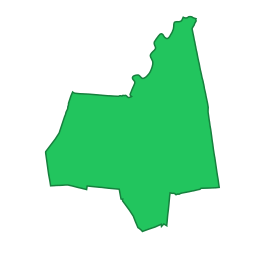 Thanh Hoa, Long An, Vietnam, rotated 264°
{"feature_id": "81297802B63095135263844", "entity_name": "Thanh Hoa", "entity_type": "district", "adm_level": 2, "iso_a3": "VNM", "parent_name": "Vietnam", "parent_adm1": "Long An", "projection": "orthographic", "projection_center": [106.215, 10.693], "detail": "fine", "context": "isolated", "style": "filled", "palette": "green", "viewbox_px": 256, "rotation_deg": 264, "n_neighbors": 0, "source": "geoboundaries", "source_scale": "gbopen_adm2", "svg_char_len": 4948}
<svg xmlns="http://www.w3.org/2000/svg" viewBox="0 0 256 256"><g transform="rotate(264 128 128)"><path d="M130.2,59.0L124.5,54.4L113.1,43.7L112.0,43.5L109.2,43.6L90.6,44.2L82.9,44.8L78.9,45.0L78.6,45.0L78.5,46.9L78.4,48.4L78.4,49.7L78.2,52.8L78.1,53.6L77.9,57.4L77.9,59.0L77.7,61.7L77.6,62.4L77.0,64.0L76.3,66.2L76.0,67.0L74.6,70.7L74.0,72.3L73.0,75.3L72.2,77.4L71.7,78.9L71.1,80.4L73.4,81.0L74.5,81.3L74.4,82.4L73.6,86.0L72.8,89.9L72.0,93.8L71.7,95.6L71.2,97.7L70.3,101.7L69.5,105.6L69.1,107.7L68.2,112.2L68.1,112.8L67.9,112.9L65.0,113.1L58.5,113.6L58.0,113.7L57.8,115.3L57.4,115.1L56.1,115.0L46.0,120.9L39.7,124.1L37.8,124.6L33.4,125.8L32.5,126.1L31.5,126.4L27.9,127.5L27.1,128.5L25.5,130.1L24.4,131.0L23.6,131.5L25.0,137.0L25.7,140.0L26.7,144.6L28.8,150.9L26.6,151.0L28.8,153.6L26.8,156.3L27.0,156.3L30.7,157.1L36.4,158.2L38.7,158.7L43.0,159.7L48.3,160.8L50.4,161.2L56.4,162.4L59.1,163.1L58.8,164.1L58.5,164.7L58.4,165.2L58.3,166.2L58.3,166.7L58.1,167.2L58.0,167.5L57.6,167.9L57.0,168.3L56.9,168.5L56.7,168.6L56.7,168.8L56.7,169.1L56.7,169.3L56.9,169.7L57.0,170.1L57.1,170.3L57.1,170.6L57.0,170.9L56.9,171.3L56.9,171.5L56.9,171.9L56.9,172.2L57.1,172.5L57.2,172.9L57.3,173.1L57.4,173.4L57.6,174.0L57.6,174.3L57.7,175.1L57.9,177.7L58.0,179.2L58.1,180.0L58.3,182.5L58.4,183.0L58.7,185.9L58.7,186.6L59.1,189.4L59.4,192.0L59.5,193.1L59.9,193.7L60.4,194.3L59.8,202.6L59.6,206.2L59.4,208.9L59.4,212.5L67.5,212.2L67.8,212.2L70.7,212.0L74.5,211.8L79.8,211.6L82.1,211.5L89.6,211.2L90.5,211.1L92.0,211.0L93.6,210.9L98.1,210.7L102.8,210.6L106.9,210.4L111.7,210.3L117.7,210.1L121.9,209.8L125.9,209.7L126.4,209.6L129.6,209.5L132.8,209.4L135.1,209.3L135.6,209.3L138.1,209.6L140.0,209.9L140.3,209.9L144.0,209.7L148.0,209.3L151.7,208.9L153.5,208.8L157.0,208.4L159.2,208.1L159.6,208.1L161.4,208.0L163.9,207.8L164.3,207.7L166.7,207.5L170.4,206.9L173.6,206.6L177.0,206.2L178.4,206.0L180.6,205.8L183.5,205.6L185.6,205.4L186.6,205.2L188.1,205.1L189.7,204.9L193.2,204.6L195.8,204.4L197.4,204.2L197.9,204.1L200.1,203.9L201.8,203.8L203.4,203.6L206.4,203.4L208.7,203.1L210.1,203.0L211.5,202.9L215.6,202.5L218.9,202.2L220.0,202.1L220.6,202.4L221.6,203.1L222.9,204.1L223.5,204.6L224.5,205.0L225.2,205.4L225.8,205.8L226.4,206.3L227.1,206.8L227.4,206.9L227.9,206.9L228.6,206.8L229.1,206.8L229.6,207.1L229.8,206.6L230.1,205.9L230.6,204.8L230.9,204.2L231.3,203.7L231.8,203.2L232.0,202.7L232.1,202.3L232.3,201.5L232.3,200.9L232.3,200.6L232.3,200.2L232.2,199.7L231.9,199.3L231.7,199.0L231.5,198.6L231.4,198.2L231.4,197.6L231.4,197.3L231.4,197.1L231.4,196.7L231.6,196.1L231.9,195.3L232.4,194.5L231.4,193.9L230.0,193.1L229.1,192.4L228.8,191.8L228.5,191.0L228.4,190.1L228.4,189.2L228.6,187.9L228.6,186.9L228.5,186.1L228.4,185.6L228.2,185.2L227.6,184.9L226.6,184.5L225.6,184.3L224.2,184.1L223.0,183.8L221.5,183.4L220.4,182.8L219.4,182.3L218.6,181.9L217.4,181.0L216.2,180.1L215.3,179.5L214.5,178.9L213.9,178.3L213.3,177.6L212.9,176.6L212.9,176.2L213.0,175.7L213.4,175.0L214.4,173.9L215.8,173.1L216.3,172.9L217.3,172.4L217.7,171.9L218.1,171.5L218.2,171.2L218.2,170.7L218.1,170.2L217.8,169.5L217.0,168.7L216.5,168.1L215.3,167.0L213.7,165.5L212.3,164.4L211.0,163.3L210.7,163.2L210.1,163.0L209.5,162.9L208.8,162.9L207.8,163.1L207.0,163.3L206.3,163.6L205.6,163.7L204.9,163.8L204.3,163.7L203.8,163.4L202.7,162.5L201.6,161.0L200.3,159.5L199.6,158.8L198.8,158.2L198.1,157.9L197.9,157.8L197.4,157.8L197.0,157.8L195.9,158.0L194.6,158.5L192.9,159.1L192.3,159.3L191.7,159.5L191.4,159.5L190.0,159.5L188.5,159.2L186.5,158.5L185.1,157.9L184.1,157.4L182.6,156.6L180.9,155.5L180.3,155.0L179.8,154.6L178.5,153.2L177.6,152.2L176.8,151.1L176.3,150.1L175.9,149.1L175.8,148.5L175.8,147.7L176.0,147.3L176.4,146.7L177.3,146.0L178.7,144.9L179.2,144.4L179.5,144.0L179.6,143.7L179.7,143.2L179.7,142.4L179.7,141.6L179.5,140.3L179.1,139.0L178.7,138.4L178.2,138.0L177.7,137.7L177.3,137.7L176.7,137.7L176.1,137.9L175.3,138.4L174.4,139.0L173.7,139.4L173.2,139.5L172.9,139.5L172.2,139.5L171.8,139.4L170.9,138.9L169.4,138.1L167.6,137.0L167.0,136.7L166.0,136.1L163.8,135.0L162.2,134.1L161.1,133.6L160.7,133.6L160.2,133.8L159.6,134.2L159.0,134.9L158.6,134.2L158.5,133.5L158.3,132.6L158.2,131.9L158.3,131.6L158.6,131.1L159.3,130.5L159.9,130.0L160.5,129.4L160.7,129.1L160.7,128.7L160.7,128.4L160.6,128.2L160.6,127.8L160.7,127.6L160.8,127.1L160.9,126.7L160.9,126.3L160.9,126.0L160.7,125.8L160.5,125.5L160.4,125.3L160.4,125.1L160.7,124.6L160.8,124.2L160.9,123.8L160.9,123.2L160.8,122.7L160.6,122.2L160.5,121.9L160.5,121.7L160.6,121.3L160.8,119.9L161.1,117.9L161.6,115.1L161.9,113.3L162.0,112.2L163.2,105.9L163.4,105.0L164.0,101.9L165.5,94.0L165.8,92.4L167.2,83.2L167.8,80.4L168.2,78.6L169.0,77.3L169.6,76.7L165.7,74.5L164.1,73.8L163.0,73.3L161.0,72.4L159.0,71.5L158.5,71.4L158.2,71.3L157.9,71.3L157.3,71.2L157.1,71.2L155.9,70.6L155.4,70.4L155.0,70.3L154.4,70.2L153.8,70.1L152.9,69.7L151.3,68.7L150.3,68.1L149.6,67.8L148.4,67.4L147.4,67.0L146.3,66.3L130.2,59.0Z" fill="#22c55e" stroke="#15803d" stroke-width="1.5"/></g></svg>